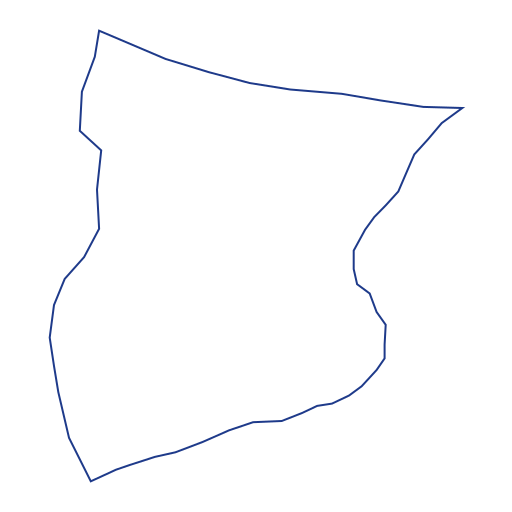 Koutsoventis, Cyprus (Natural Earth projection)
{"feature_id": "46923920B77233656237897", "entity_name": "Koutsoventis", "entity_type": "district", "adm_level": 2, "iso_a3": "CYP", "parent_name": "Cyprus", "parent_adm1": "", "projection": "natural_earth1", "projection_center": [33.428, 35.265], "detail": "fine", "context": "isolated", "style": "outline", "palette": "blue", "viewbox_px": 512, "rotation_deg": 0, "n_neighbors": 0, "source": "geoboundaries", "source_scale": "gbopen_adm2", "svg_char_len": 753}
<svg xmlns="http://www.w3.org/2000/svg" viewBox="0 0 512 512"><path d="M253.1,422.2L281.7,421.0L302.3,412.9L317.1,405.9L332.0,403.6L349.1,395.5L361.7,386.2L376.6,370.0L384.6,358.4L384.6,344.5L385.7,324.8L376.6,312.0L369.7,293.5L357.1,284.2L353.7,269.1L353.7,250.6L365.1,229.7L374.3,217.0L385.7,205.4L398.3,191.5L406.3,172.9L414.3,154.4L428.0,139.3L441.7,123.1L462.3,108.0L423.3,106.9L380.3,100.4L341.7,93.8L290.2,89.5L249.4,83.0L208.6,72.1L165.7,59.0L99.1,30.7L94.8,56.8L81.9,91.7L79.8,130.8L101.2,150.4L97.0,189.6L99.1,228.8L84.1,257.1L64.7,278.9L54.0,305.0L49.7,337.6L54.0,366.0L58.3,392.1L69.0,437.8L90.8,481.3L116.0,469.7L129.7,465.0L154.8,456.9L175.4,452.3L202.8,441.9L229.1,430.3L253.1,422.2Z" fill="none" stroke="#1e3a8a" stroke-width="2"/></svg>